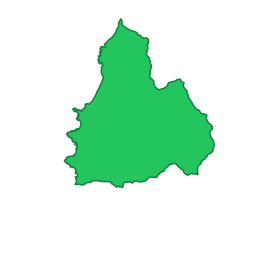 the district of Sao Pedro Apostolo, Ribeira Grande, Cabo Verde, rotated 315°
{"feature_id": "66160863B19660935593220", "entity_name": "Sao Pedro Apostolo", "entity_type": "district", "adm_level": 2, "iso_a3": "CPV", "parent_name": "Cabo Verde", "parent_adm1": "Ribeira Grande", "projection": "albers", "projection_center": [-25.188, 17.13], "detail": "fine", "context": "isolated", "style": "filled", "palette": "green", "viewbox_px": 256, "rotation_deg": 315, "n_neighbors": 0, "source": "geoboundaries", "source_scale": "gbopen_adm2", "svg_char_len": 5720}
<svg xmlns="http://www.w3.org/2000/svg" viewBox="0 0 256 256"><g transform="rotate(315 128 128)"><path d="M199.8,45.8L198.8,46.3L196.2,46.7L193.1,49.5L191.5,50.0L189.4,50.3L187.9,51.4L186.2,51.9L185.1,51.8L184.0,52.4L180.4,52.6L177.4,52.1L172.5,52.2L172.0,52.4L171.4,52.3L171.2,52.1L170.7,52.2L170.0,52.9L169.9,53.8L169.5,54.8L169.1,54.5L168.2,54.5L167.5,53.6L167.8,52.7L167.4,52.8L166.7,51.6L165.0,51.9L164.7,52.3L164.3,52.2L163.9,53.2L164.4,53.6L164.2,53.9L163.5,54.2L163.1,53.8L162.7,53.9L163.4,55.0L162.8,55.6L162.2,55.7L161.9,55.3L161.9,55.0L161.4,54.8L160.7,55.1L160.6,55.7L160.2,56.2L160.3,57.0L160.2,57.4L159.8,57.5L158.0,56.3L157.4,56.9L157.7,57.4L157.0,58.3L155.1,58.6L155.3,59.3L154.8,59.3L154.6,59.7L155.0,60.2L154.0,60.5L154.2,61.0L153.7,61.2L154.2,61.4L154.2,61.8L154.5,61.9L154.5,62.5L154.8,62.7L154.4,62.8L154.8,63.0L154.6,63.6L154.9,63.8L154.7,63.8L154.9,64.0L154.8,65.6L154.4,66.0L153.4,66.1L151.7,65.9L152.3,66.2L152.3,66.6L151.5,67.4L149.8,68.4L148.8,69.3L148.1,70.3L146.8,74.1L146.2,74.8L142.3,76.8L133.8,80.0L132.6,80.0L130.2,81.4L128.7,81.6L125.4,82.9L123.8,83.1L122.6,83.6L121.6,83.6L120.8,83.9L120.3,83.6L119.6,83.9L118.9,83.6L117.7,83.9L117.1,83.5L116.8,82.3L114.5,80.9L114.0,81.2L113.6,82.0L112.0,83.6L111.4,83.2L110.8,83.1L110.6,82.8L110.2,83.0L108.7,83.0L108.0,82.1L108.1,82.5L107.7,82.7L107.9,83.0L106.9,83.4L106.5,80.9L104.9,80.2L104.8,79.8L105.2,79.2L105.1,78.9L104.7,78.7L104.8,78.1L104.9,78.3L105.0,78.0L104.7,76.8L104.4,76.3L103.7,76.2L103.3,76.4L102.7,75.8L102.1,75.7L102.2,77.6L101.8,78.0L102.2,79.1L103.1,79.4L103.1,81.1L102.9,82.1L103.1,82.7L103.1,83.4L102.4,84.2L101.7,83.5L101.3,83.4L101.2,84.1L100.9,84.3L101.0,84.9L100.7,84.9L100.6,85.2L99.0,84.6L98.5,84.8L98.6,85.4L98.1,85.3L98.2,85.8L98.5,86.0L98.1,87.0L98.2,87.5L99.0,87.9L98.8,88.0L99.2,89.5L98.2,91.1L98.0,91.4L97.4,92.0L93.7,94.1L92.8,94.0L92.1,93.0L91.7,92.8L91.4,93.3L91.2,93.3L90.5,92.1L90.1,91.9L89.8,92.0L89.8,92.5L89.4,92.6L88.6,92.1L88.6,92.6L88.1,92.8L87.4,91.6L86.9,91.5L86.9,90.9L86.7,90.9L86.6,90.5L86.4,90.6L85.9,89.9L85.6,89.9L85.7,90.5L85.4,90.8L85.1,90.0L84.2,89.5L83.6,89.6L82.2,88.6L80.4,88.9L80.2,89.3L80.6,89.9L80.1,90.4L80.3,91.8L79.8,91.5L79.7,91.8L80.0,92.2L79.8,93.1L80.7,94.4L81.1,95.3L80.9,95.8L80.3,96.0L80.2,96.6L79.7,97.2L80.1,98.5L79.7,98.7L79.9,98.8L79.4,98.8L79.5,99.2L79.8,99.3L80.3,101.1L80.8,101.6L80.7,102.1L80.2,102.0L80.7,102.7L80.5,103.3L80.0,103.8L79.0,103.0L79.4,104.0L79.1,104.3L79.1,104.8L77.0,106.1L76.6,106.0L76.7,106.7L76.0,106.9L73.5,108.9L71.5,109.2L70.7,108.8L70.7,109.3L70.1,109.6L69.7,109.5L69.5,109.0L68.9,108.7L69.1,109.2L68.4,108.6L68.0,107.8L66.1,106.4L65.4,106.3L64.6,105.6L64.3,105.8L63.3,105.5L62.4,106.2L61.5,106.0L61.2,106.2L60.5,106.1L59.8,106.3L59.6,107.4L59.8,108.8L60.3,109.6L59.7,110.1L60.0,110.4L60.3,110.3L60.4,110.8L60.3,111.1L60.0,111.0L60.9,113.0L60.4,113.3L60.3,114.4L59.7,114.8L60.5,115.2L60.8,115.6L60.4,115.6L61.3,116.6L61.3,116.8L61.1,116.6L62.0,117.8L61.8,118.4L61.8,119.8L60.9,121.7L60.4,121.7L60.2,122.0L59.9,121.8L60.3,122.5L59.0,122.4L59.3,125.0L58.2,126.5L57.6,126.5L56.7,125.7L56.1,125.5L56.0,126.7L55.3,127.4L54.9,127.3L54.6,128.5L53.8,129.5L50.9,130.6L51.7,131.6L52.4,132.0L53.7,133.4L54.9,135.2L56.3,136.7L57.5,137.3L58.5,137.0L59.1,137.1L61.9,138.8L62.7,140.0L64.5,140.0L66.1,140.6L66.9,141.7L67.6,141.8L69.3,144.1L69.8,144.2L70.3,145.5L72.1,147.4L73.0,149.1L74.0,149.7L77.0,153.1L78.0,154.9L76.9,155.7L77.6,157.1L78.1,161.5L78.4,161.9L79.5,162.2L80.4,162.8L80.4,163.9L81.5,164.7L82.5,166.2L85.3,164.2L86.6,163.8L87.9,164.5L88.6,165.5L91.0,167.1L91.2,167.8L91.8,168.5L91.7,169.0L92.4,170.1L94.3,169.9L96.7,171.6L97.1,172.8L98.9,175.3L102.8,177.6L104.9,177.9L105.2,178.1L106.7,177.5L108.1,177.9L110.4,179.7L111.2,181.2L113.3,183.2L116.0,182.3L117.4,182.7L119.1,182.4L123.3,183.9L124.2,183.6L124.3,183.2L124.8,183.0L126.8,183.3L130.4,183.4L131.6,182.9L132.6,184.3L135.1,185.2L135.6,185.6L136.6,187.4L136.5,189.4L136.1,190.1L136.5,191.4L136.3,192.1L136.7,194.1L136.5,194.8L137.7,197.0L136.8,197.3L136.1,198.8L136.1,200.7L136.4,202.5L137.1,203.7L138.3,204.2L140.0,204.5L141.1,205.6L141.4,206.5L143.0,207.6L143.1,208.4L143.6,209.3L144.8,210.2L146.8,207.4L150.1,204.6L151.9,204.5L152.6,204.7L153.0,204.6L154.4,204.8L154.9,204.6L155.7,203.6L156.3,203.3L157.2,203.9L158.9,203.7L160.1,204.2L161.5,204.2L163.0,203.3L163.7,204.1L165.2,203.2L170.0,204.5L171.9,204.2L173.6,202.7L176.5,201.5L177.4,200.5L178.6,198.5L179.3,197.8L180.2,193.3L181.7,189.9L183.7,188.6L187.0,188.2L188.3,187.1L189.0,184.2L188.3,181.2L188.9,180.4L189.0,179.2L190.2,176.6L191.7,175.1L192.5,175.1L192.7,174.4L192.0,172.2L190.0,169.5L190.0,168.8L190.7,166.3L190.6,164.8L189.8,164.3L189.9,160.1L190.5,157.0L191.5,154.7L191.5,153.5L192.5,149.1L193.8,147.3L193.7,146.6L194.1,145.6L194.8,144.6L195.2,144.4L195.6,143.3L196.1,143.0L195.9,140.9L196.5,137.9L197.8,136.4L198.9,136.2L199.6,135.5L199.4,134.8L198.8,134.0L198.6,132.7L199.4,131.2L199.4,130.2L197.9,129.5L197.3,128.5L195.9,128.5L193.7,127.7L192.2,126.8L191.6,126.2L188.5,124.6L186.5,125.6L184.4,125.9L180.7,125.0L177.4,123.1L177.0,122.6L176.7,121.8L176.0,121.1L176.4,119.8L176.3,118.1L177.0,115.9L177.4,115.1L178.7,114.0L179.5,112.6L179.4,108.4L179.1,107.4L180.9,105.9L183.3,104.5L184.0,103.8L184.5,102.9L187.2,101.8L188.4,100.7L189.8,97.8L191.3,95.9L191.8,94.1L192.7,93.6L192.8,88.8L194.1,88.3L195.6,87.4L196.1,86.7L198.2,86.0L199.6,84.2L199.7,83.6L200.6,82.8L201.5,82.6L202.4,82.7L203.0,81.5L203.4,81.2L204.0,81.2L205.0,80.0L204.9,79.2L205.1,78.7L204.9,77.4L203.0,76.2L202.8,75.4L201.9,74.4L201.8,73.0L202.3,71.4L202.0,70.7L200.8,69.3L201.7,67.4L201.2,65.0L199.4,61.9L198.4,59.4L197.4,56.0L197.2,54.2L196.9,53.5L196.8,50.8L199.3,48.3L200.0,46.5L199.8,45.8Z" fill="#22c55e" stroke="#15803d" stroke-width="1.5"/></g></svg>